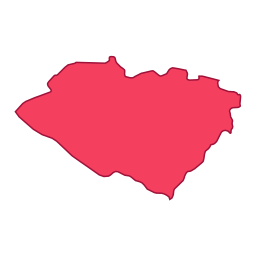 the border of Kashkadarya
{"feature_id": "UZB-361", "entity_name": "Kashkadarya", "entity_type": "Region", "adm_level": 1, "iso_a3": "UZB", "parent_name": "Uzbekistan", "parent_adm1": "", "projection": "equal_earth", "projection_center": [66.509, 38.762], "detail": "fine", "context": "isolated", "style": "filled", "palette": "rose", "viewbox_px": 256, "rotation_deg": 0, "n_neighbors": 0, "source": "natural_earth", "source_scale": "10m", "svg_char_len": 2983}
<svg xmlns="http://www.w3.org/2000/svg" viewBox="0 0 256 256"><path d="M218.8,80.4L218.3,80.9L218.0,81.3L217.9,81.9L217.7,83.2L218.3,86.7L220.2,88.6L228.4,91.5L233.9,91.8L236.6,92.9L236.9,93.2L237.5,94.2L237.8,94.6L238.3,94.7L239.4,94.5L239.9,94.6L240.5,95.7L240.6,96.9L239.9,103.9L240.3,106.0L239.3,106.9L238.1,107.4L233.2,107.7L232.3,107.9L231.5,108.2L231.1,108.5L230.7,108.8L230.2,109.4L229.8,110.0L229.6,110.7L229.6,111.4L230.2,113.5L230.6,116.7L232.2,119.8L232.4,120.2L232.5,120.6L232.5,121.2L232.4,121.7L232.2,122.2L232.2,122.8L232.1,123.3L232.1,123.7L232.2,124.2L232.3,124.6L232.4,125.1L232.6,126.0L232.7,126.5L232.7,127.0L232.5,127.7L232.2,128.4L231.4,129.5L231.1,130.2L231.0,130.9L231.0,132.5L230.8,132.9L230.6,133.2L230.1,133.1L229.8,132.9L228.5,131.5L228.2,131.3L227.9,131.1L227.4,130.9L226.4,130.6L225.3,130.4L224.4,130.5L223.5,130.7L222.5,131.2L221.9,131.7L221.5,132.1L221.1,132.6L217.0,140.8L216.4,141.7L215.1,143.0L214.5,143.5L213.5,144.1L210.8,144.8L210.2,146.1L209.5,147.4L208.3,148.8L205.7,150.9L205.3,151.5L204.9,152.7L204.5,154.2L203.8,158.8L203.3,161.0L203.1,161.4L202.2,162.4L194.7,168.7L190.8,171.0L190.0,171.2L187.5,171.6L187.0,172.1L186.3,172.8L185.3,174.7L184.5,176.5L184.3,177.5L183.9,178.6L183.5,179.7L183.0,180.6L174.6,188.8L174.1,189.5L173.7,191.0L173.3,194.6L172.9,195.8L171.9,198.0L169.8,199.4L169.0,196.9L166.7,195.2L164.2,193.9L161.6,193.2L156.4,193.1L154.2,192.5L147.3,189.1L144.1,184.9L142.1,182.9L139.9,181.8L135.4,180.5L131.2,177.0L129.3,175.9L124.8,175.2L117.9,171.7L115.6,171.5L113.6,172.3L110.3,175.1L108.6,176.1L103.9,176.5L99.3,174.9L88.1,167.0L81.3,162.3L72.1,155.8L65.7,149.7L56.7,141.2L52.1,138.2L42.1,134.6L33.4,129.3L19.2,116.9L15.4,111.7L16.4,110.6L22.7,103.6L25.9,101.4L35.3,97.5L39.0,96.2L50.3,92.0L50.7,91.7L51.0,91.4L51.2,90.6L51.1,90.1L51.0,89.7L50.7,89.3L48.6,86.6L48.1,85.9L47.8,85.1L47.7,84.7L47.6,84.3L47.6,83.8L47.7,83.3L48.1,82.6L48.8,81.6L54.0,75.9L54.4,75.6L54.9,75.3L55.7,75.2L56.4,75.3L57.2,75.0L58.0,74.3L64.9,67.4L68.1,64.9L74.8,63.3L76.1,62.4L105.1,63.2L105.8,62.9L107.3,62.1L108.7,61.1L109.0,60.7L109.3,60.4L109.4,59.9L109.4,59.4L109.3,58.1L109.4,57.6L109.5,57.2L110.1,56.8L110.9,56.6L113.0,56.7L113.6,56.8L114.1,57.0L114.4,57.2L114.7,57.5L115.0,57.9L115.1,58.3L115.8,61.2L115.9,61.6L116.0,61.7L116.3,62.3L117.1,63.4L120.6,66.9L122.6,68.3L124.3,69.7L124.5,70.1L124.7,70.6L124.7,72.0L124.6,73.4L124.6,74.0L124.7,74.7L124.9,75.7L125.2,76.2L125.6,76.6L130.1,77.8L132.6,77.8L133.6,77.4L135.0,76.5L141.5,73.2L141.9,73.2L151.7,70.9L153.0,70.8L154.7,71.9L158.7,75.2L159.8,75.8L160.7,76.0L161.2,76.0L166.3,73.9L166.9,73.3L169.1,69.8L169.6,69.4L170.1,68.9L171.2,68.3L172.4,67.9L173.3,67.9L178.6,68.8L184.4,70.0L185.9,70.2L187.2,72.8L187.5,74.1L187.1,76.5L186.9,77.9L187.0,78.6L187.3,79.2L187.7,79.5L188.1,79.7L188.6,79.9L189.6,80.1L197.1,79.8L197.9,79.6L198.3,79.5L198.6,79.2L198.9,78.8L199.0,78.3L199.1,77.9L199.0,77.4L198.9,76.5L199.0,76.1L202.6,76.2L218.8,80.4Z" fill="#f43f5e" stroke="#9f1239" stroke-width="1.5"/></svg>